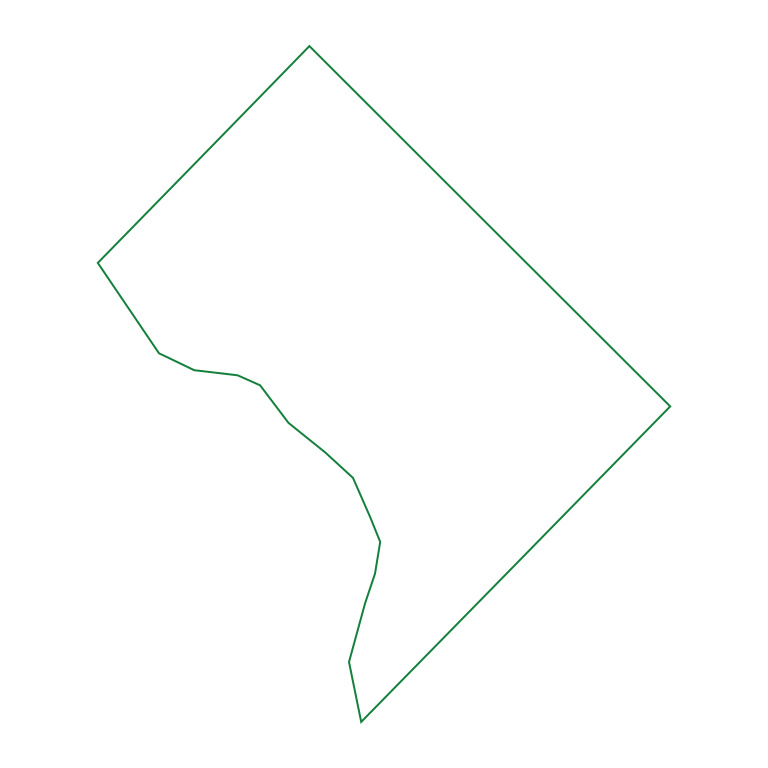 SVG path tracing the border of District of Columbia
{"feature_id": "USA-3556", "entity_name": "District of Columbia", "entity_type": "Federal District", "adm_level": 1, "iso_a3": "USA", "parent_name": "United States of America", "parent_adm1": "", "projection": "orthographic", "projection_center": [-77.033, 38.899], "detail": "fine", "context": "isolated", "style": "outline", "palette": "green", "viewbox_px": 768, "rotation_deg": 0, "n_neighbors": 0, "source": "natural_earth", "source_scale": "10m", "svg_char_len": 377}
<svg xmlns="http://www.w3.org/2000/svg" viewBox="0 0 768 768"><path d="M361.2,721.9L349.0,662.0L365.1,603.2L375.0,573.7L380.2,541.9L370.3,517.4L353.0,477.9L325.4,452.6L288.5,422.9L260.1,385.3L237.6,375.3L194.2,370.2L159.0,353.3L97.8,262.9L208.5,149.6L309.4,46.1L476.4,213.0L670.2,406.4L509.9,570.2L361.2,721.9L361.2,721.9Z" fill="none" stroke="#15803d" stroke-width="2"/></svg>